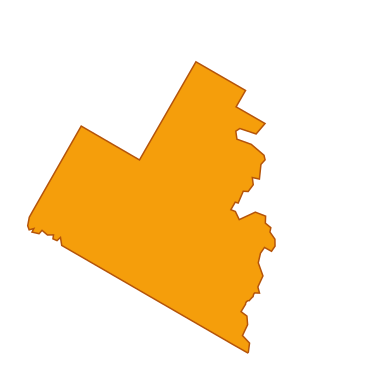 Kiowa, Oklahoma, United States of America, rotated 210°
{"feature_id": "52423323B11344178006251", "entity_name": "Kiowa", "entity_type": "district", "adm_level": 2, "iso_a3": "USA", "parent_name": "United States of America", "parent_adm1": "Oklahoma", "projection": "equal_earth", "projection_center": [-99.105, 34.859], "detail": "fine", "context": "isolated", "style": "filled", "palette": "amber", "viewbox_px": 384, "rotation_deg": 210, "n_neighbors": 0, "source": "geoboundaries", "source_scale": "gbopen_adm2", "svg_char_len": 1001}
<svg xmlns="http://www.w3.org/2000/svg" viewBox="0 0 384 384"><g transform="rotate(210 192 192)"><path d="M320.9,193.7L320.4,96.3L320.3,88.8L317.4,80.6L314.1,77.8L310.7,81.3L310.5,77.3L303.6,79.4L302.7,83.8L295.7,82.5L290.5,85.6L289.0,81.9L284.6,82.4L283.2,86.9L278.1,80.6L176.8,80.5L79.1,80.4L63.4,80.5L63.1,81.4L66.6,89.9L76.5,92.9L77.5,104.9L82.4,112.0L89.7,112.9L89.5,121.6L90.0,122.7L90.0,124.2L89.3,125.8L88.1,126.5L87.9,127.8L87.2,130.9L86.8,131.9L87.3,133.5L87.5,134.7L87.3,135.9L83.0,138.2L87.5,142.7L88.6,154.8L99.2,163.8L102.1,173.2L101.5,180.2L93.5,180.4L93.0,186.6L96.6,192.6L104.5,196.3L105.9,200.5L112.9,201.7L116.2,207.9L127.1,206.2L137.3,191.7L144.7,196.8L149.5,196.1L149.5,204.8L146.5,205.5L148.0,218.3L143.6,220.5L142.6,228.9L147.0,234.7L140.1,236.9L146.1,250.4L144.8,256.4L148.0,259.8L164.5,262.9L179.5,260.2L184.5,266.6L182.3,270.9L165.5,274.3L163.0,287.8L196.4,287.8L196.4,306.7L253.7,306.7L253.5,193.5L320.9,193.7Z" fill="#f59e0b" stroke="#b45309" stroke-width="1.5"/></g></svg>